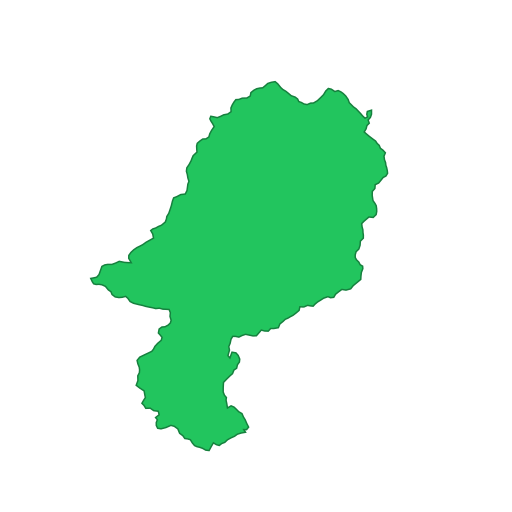 Baependi, Minas Gerais, Brazil, rotated 237°
{"feature_id": "56859067B1799797383135", "entity_name": "Baependi", "entity_type": "district", "adm_level": 2, "iso_a3": "BRA", "parent_name": "Brazil", "parent_adm1": "Minas Gerais", "projection": "orthographic", "projection_center": [-44.832, -22.017], "detail": "fine", "context": "isolated", "style": "filled", "palette": "green", "viewbox_px": 512, "rotation_deg": 237, "n_neighbors": 0, "source": "geoboundaries", "source_scale": "gbopen_adm2", "svg_char_len": 4577}
<svg xmlns="http://www.w3.org/2000/svg" viewBox="0 0 512 512"><g transform="rotate(237 256 256)"><path d="M327.2,105.2L323.7,104.7L321.1,104.7L319.2,106.4L317.8,108.9L315.7,111.2L312.5,113.2L308.0,113.7L305.0,114.9L302.1,114.3L298.4,115.6L295.8,118.4L294.3,121.2L293.1,124.7L290.3,125.5L286.4,125.6L283.1,127.5L279.0,131.3L276.4,133.9L273.9,136.0L271.2,138.7L268.6,141.4L266.5,143.3L264.9,146.5L262.2,148.9L260.4,151.4L258.5,154.0L255.1,153.3L252.2,151.0L248.3,149.8L246.5,147.7L245.9,144.7L246.2,141.1L247.7,138.4L247.5,135.0L244.6,132.2L242.1,132.6L238.9,132.9L236.9,130.6L236.3,126.0L235.3,122.1L233.7,119.3L232.8,116.7L233.2,113.4L233.8,109.0L234.5,103.4L233.2,99.4L229.9,98.2L226.3,97.5L223.8,96.3L221.6,94.6L219.9,91.6L215.8,89.1L212.8,85.1L208.3,86.7L203.8,88.7L200.3,87.2L197.5,86.1L196.3,83.4L194.6,80.1L191.7,80.7L188.3,80.6L186.0,84.4L182.0,86.0L179.0,89.5L175.6,88.3L175.2,83.8L172.4,84.1L170.7,81.7L168.2,80.1L165.1,79.7L162.8,82.2L161.2,87.0L160.3,92.4L157.7,94.7L153.6,96.3L148.9,95.4L145.1,96.8L141.7,96.9L139.9,99.0L137.7,100.9L133.8,100.8L130.5,101.2L128.3,102.6L126.2,104.6L123.7,106.5L120.6,108.1L118.4,110.7L120.8,115.1L122.5,118.5L119.4,120.0L117.1,122.0L117.4,125.1L116.7,128.3L117.4,132.0L117.1,136.0L116.5,139.8L116.7,143.3L115.6,147.2L113.9,151.2L117.1,151.2L115.5,153.5L116.5,156.6L120.4,157.0L124.5,157.7L127.9,157.8L131.5,158.4L134.8,156.7L138.3,156.0L141.2,155.3L143.9,153.5L144.1,149.3L148.4,151.2L151.5,152.4L153.4,154.1L156.4,153.7L159.8,154.4L163.6,156.9L167.7,159.9L168.8,164.6L169.7,169.1L170.1,172.2L172.4,175.4L172.4,178.6L174.9,181.2L176.1,184.3L178.4,186.2L182.4,186.9L185.7,186.4L188.4,183.5L186.6,181.1L184.7,178.6L187.7,178.2L189.6,180.3L191.5,182.5L194.8,183.8L197.0,186.9L199.8,189.7L201.3,192.7L199.7,195.1L197.3,197.5L196.9,201.1L196.0,204.6L192.9,207.7L190.6,210.0L188.9,212.9L190.0,216.7L191.0,220.1L188.4,222.4L186.3,225.4L187.2,228.8L185.5,231.4L183.7,235.7L186.0,239.0L186.4,243.0L187.0,246.1L186.5,248.9L186.4,251.8L186.1,254.6L186.4,258.6L186.9,262.5L189.5,265.1L187.2,268.4L186.5,272.4L184.5,274.5L182.8,276.6L183.5,279.3L183.9,282.5L183.8,286.2L183.8,289.6L182.7,294.2L180.4,295.8L179.0,298.7L180.6,301.9L181.0,305.8L181.2,309.8L178.4,312.9L176.9,317.5L178.2,321.4L178.8,326.7L179.3,331.1L181.9,333.0L184.8,335.4L187.2,338.7L189.4,339.9L192.0,338.6L194.9,338.9L198.0,338.2L200.7,338.4L202.9,339.8L205.1,342.3L205.8,346.0L208.3,349.1L211.6,351.6L212.5,355.7L215.0,357.4L217.4,358.5L219.8,359.9L222.8,360.9L225.6,362.3L226.3,365.3L226.7,368.1L227.2,372.0L224.5,375.3L225.3,379.3L227.6,381.5L230.1,383.0L232.7,384.2L235.3,384.4L238.8,384.3L243.6,386.5L246.8,388.7L247.9,392.5L250.9,394.8L250.4,398.6L251.6,402.4L252.6,405.4L252.3,408.5L253.7,411.4L256.1,412.6L258.9,413.7L261.3,414.3L263.7,415.5L266.8,416.2L270.0,417.7L272.1,420.7L275.7,420.1L278.6,419.0L281.7,419.6L284.4,418.9L287.3,418.9L290.4,417.7L294.9,416.1L298.2,415.1L301.1,414.3L302.7,417.6L305.0,420.1L305.7,423.3L309.0,424.1L309.9,427.4L312.0,430.1L315.4,432.3L316.6,428.1L314.5,426.1L311.9,425.3L312.2,422.5L315.4,421.7L318.6,421.3L321.2,420.8L325.0,420.1L328.0,418.9L330.5,418.4L333.7,417.7L337.1,418.5L341.4,418.4L344.8,417.6L347.4,416.6L350.0,415.0L351.0,411.7L354.9,410.0L357.1,407.9L356.4,404.4L354.5,400.5L353.6,396.4L352.8,392.1L353.0,387.5L354.5,385.0L355.1,381.4L357.4,379.0L360.0,377.7L362.2,376.0L365.0,376.4L367.9,375.4L371.3,372.8L375.0,371.7L378.0,370.7L381.0,369.2L383.7,368.5L388.6,368.0L391.8,367.0L393.4,363.3L394.3,359.8L393.8,356.7L393.4,353.2L394.7,350.8L395.9,347.7L396.2,344.4L395.8,340.7L393.3,338.3L393.5,334.3L395.9,330.4L396.6,326.9L398.1,324.3L397.2,321.6L395.7,318.5L393.8,315.6L390.6,313.7L390.4,309.7L392.0,305.8L392.4,302.4L393.1,298.9L395.7,296.4L397.8,294.2L396.2,292.0L393.7,291.7L390.8,291.7L387.3,291.4L385.6,287.3L383.7,283.8L381.5,281.3L381.5,277.7L383.1,275.1L383.0,271.5L382.5,268.1L380.6,266.1L377.7,264.4L375.3,263.1L374.4,258.0L372.8,255.6L371.2,253.4L369.2,249.8L367.6,246.0L365.0,243.8L361.8,242.8L358.6,241.4L355.1,240.4L353.4,238.0L351.4,236.3L348.5,233.8L346.5,230.4L348.5,226.4L348.9,222.0L349.6,218.6L347.6,215.9L344.3,212.4L341.8,209.3L339.3,206.1L337.7,202.7L335.8,201.0L333.9,198.4L333.3,193.4L333.9,190.3L334.1,187.1L334.9,184.3L334.7,181.6L330.8,181.4L326.8,179.8L327.1,175.5L327.4,171.3L327.2,167.3L327.5,163.9L327.9,160.8L327.8,156.9L327.1,153.0L325.8,149.7L323.4,148.0L318.3,147.7L319.9,145.4L322.3,142.2L326.0,138.4L326.5,134.6L327.4,130.6L329.7,127.1L330.9,124.3L331.2,121.1L328.8,118.0L325.9,114.2L325.0,110.8L326.1,107.8L327.2,105.2Z" fill="#22c55e" stroke="#15803d" stroke-width="1.5"/></g></svg>